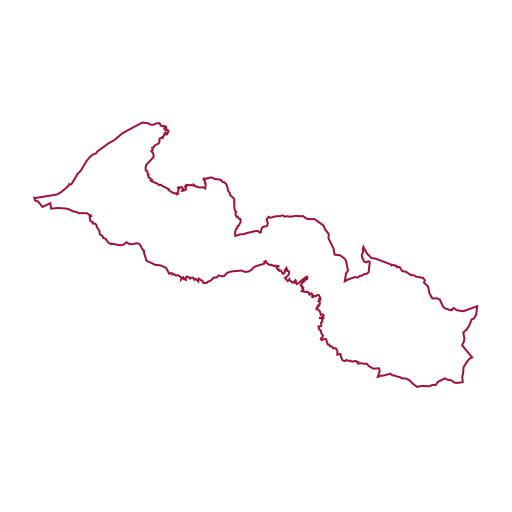 the district of Cisnadie, Sibiu, Romania, rotated 267°
{"feature_id": "2599482B29691354354031", "entity_name": "Cisnadie", "entity_type": "district", "adm_level": 2, "iso_a3": "ROU", "parent_name": "Romania", "parent_adm1": "Sibiu", "projection": "orthographic", "projection_center": [24.09, 45.647], "detail": "fine", "context": "isolated", "style": "outline", "palette": "rose", "viewbox_px": 512, "rotation_deg": 267, "n_neighbors": 0, "source": "geoboundaries", "source_scale": "gbopen_adm2", "svg_char_len": 6130}
<svg xmlns="http://www.w3.org/2000/svg" viewBox="0 0 512 512"><g transform="rotate(267 256 256)"><path d="M153.8,335.1L148.6,336.3L147.2,337.2L146.3,339.3L147.5,340.9L146.5,342.6L146.5,344.8L145.6,345.8L145.9,350.4L144.7,351.0L144.8,352.6L143.2,352.4L143.4,355.7L142.7,358.0L142.7,361.0L140.3,362.7L137.4,367.1L137.4,372.9L134.6,373.5L128.9,371.3L130.0,375.0L129.8,376.6L131.4,384.0L129.7,385.8L129.5,387.8L128.2,390.5L127.7,393.0L126.1,395.4L125.9,398.9L124.1,402.5L119.4,406.8L116.8,410.2L117.6,414.3L116.8,422.8L118.0,425.1L117.8,428.9L120.7,430.9L123.9,438.2L122.5,440.7L121.7,444.3L119.1,447.7L118.7,450.2L119.2,455.8L125.2,455.7L127.5,456.6L134.0,457.4L140.5,462.0L142.6,464.4L143.4,466.5L156.0,457.2L159.8,459.2L162.9,459.8L168.7,459.0L172.0,462.9L175.7,465.5L181.4,468.0L182.0,470.2L186.0,472.8L194.3,474.3L190.0,460.2L191.3,453.7L193.7,450.8L192.5,448.9L191.7,448.8L191.6,447.6L194.0,441.7L195.8,440.0L202.7,437.4L204.3,434.4L204.4,429.9L209.5,427.3L216.7,426.2L220.6,422.3L222.9,423.4L225.3,421.8L227.1,414.6L228.5,412.8L228.7,409.8L232.4,405.0L233.2,401.3L237.2,399.0L237.6,398.3L237.2,396.5L238.8,395.9L238.6,394.6L239.5,394.1L239.9,391.9L239.3,391.0L240.5,390.2L247.2,375.1L247.8,371.3L252.5,367.1L259.5,363.7L257.5,363.0L254.2,363.3L251.7,361.7L248.9,361.9L244.6,363.8L243.9,366.0L244.9,367.9L244.0,369.3L233.9,367.6L232.3,365.3L232.4,363.5L230.9,360.8L230.5,358.3L229.1,356.3L229.8,353.6L227.6,346.3L226.0,343.3L233.9,345.0L236.6,347.1L246.6,345.6L249.0,344.0L252.3,340.1L253.2,334.6L259.4,333.8L269.8,329.3L274.1,329.8L279.9,325.9L282.8,325.1L289.8,316.4L290.2,309.9L290.8,308.2L293.6,304.7L293.3,303.5L294.0,297.8L293.4,292.3L294.1,289.4L293.8,286.5L294.9,285.6L295.1,283.8L294.6,282.5L294.6,277.6L293.6,273.1L293.7,271.7L294.5,270.7L291.9,268.5L288.1,269.5L286.0,268.9L285.2,268.1L285.1,265.5L283.8,263.3L279.2,262.0L279.3,260.8L280.8,259.2L281.0,257.2L279.3,247.5L278.4,245.1L278.5,241.6L277.1,236.4L280.9,236.3L284.2,237.6L285.1,239.0L286.7,239.0L287.4,240.5L291.0,242.5L293.8,242.2L294.4,240.6L296.2,239.8L296.1,238.7L297.9,237.9L299.4,237.6L301.0,238.5L302.5,237.3L305.1,236.9L314.2,237.2L318.4,233.3L320.3,233.1L322.9,231.3L325.8,231.2L329.4,230.0L331.3,228.2L331.5,226.6L333.3,225.5L334.5,223.1L334.9,219.0L336.4,216.7L336.8,214.1L336.0,212.4L336.4,211.6L335.6,210.3L336.2,208.1L335.0,207.5L333.4,209.0L331.1,209.0L330.7,209.6L326.1,208.8L327.4,206.5L327.3,202.7L328.2,201.3L328.3,199.9L330.2,197.7L329.4,197.8L330.3,195.1L330.0,194.3L330.7,190.6L329.5,190.0L328.2,190.5L329.5,189.5L328.7,189.2L330.1,188.6L326.3,189.6L325.0,187.1L325.0,185.5L327.2,186.7L328.9,185.3L327.9,183.2L328.8,182.4L328.2,181.6L326.8,182.3L322.8,180.7L321.8,182.4L322.7,179.8L322.2,179.6L322.8,179.2L322.8,178.0L323.8,175.7L326.5,172.1L327.3,172.4L330.7,166.3L332.1,164.9L331.8,163.0L333.3,161.4L336.3,155.2L336.9,154.8L337.6,156.0L340.5,152.6L342.8,152.9L342.8,152.2L346.2,151.9L347.1,150.4L349.6,150.3L352.8,151.2L360.4,159.1L363.9,158.7L366.3,156.9L367.1,158.4L369.3,157.9L370.0,159.5L371.4,160.2L373.4,164.5L374.4,165.4L378.3,165.8L379.2,168.2L378.8,169.0L380.0,169.0L380.6,170.1L383.4,171.1L384.0,174.0L383.2,173.6L383.1,172.3L382.3,172.6L382.9,173.1L382.4,173.6L385.0,175.2L386.3,174.6L386.6,173.2L386.2,172.1L388.0,171.1L389.6,172.4L389.0,173.0L390.0,172.8L390.3,171.8L389.8,171.4L390.8,170.3L390.5,169.6L391.4,167.5L392.8,167.2L393.5,166.1L393.6,167.5L393.8,164.1L392.3,159.5L392.8,157.3L394.3,155.1L395.2,149.3L385.7,129.2L379.1,120.5L376.2,114.5L368.7,103.0L366.9,101.7L365.8,98.2L363.1,94.8L359.3,91.4L350.4,85.5L346.9,81.8L337.8,75.8L337.0,74.5L337.6,73.2L335.2,71.7L329.8,64.4L327.8,60.4L325.5,38.9L325.8,37.7L322.9,38.3L321.9,41.1L316.2,45.3L319.5,53.3L314.0,54.0L314.3,60.7L313.5,67.7L312.8,70.9L310.1,75.8L309.3,79.2L308.1,81.2L307.5,89.8L305.3,92.1L305.5,92.9L304.5,93.5L303.6,91.9L299.9,92.3L298.3,94.8L297.6,94.4L296.8,95.0L296.7,97.0L295.6,98.1L293.0,98.7L289.4,100.9L285.7,101.2L283.9,103.9L282.0,104.3L281.1,106.6L276.4,109.7L276.1,111.4L275.6,111.6L275.5,113.9L273.8,121.3L274.2,124.0L276.5,127.5L274.5,130.2L274.3,134.0L275.0,137.2L274.4,139.5L273.4,140.8L269.1,142.7L267.0,144.6L266.1,144.1L257.0,146.4L252.4,155.0L251.8,159.7L249.0,165.5L242.8,168.4L243.5,170.4L242.5,172.0L242.0,171.8L242.2,172.9L240.6,175.0L241.0,176.9L238.3,180.6L236.6,180.1L238.5,182.1L236.6,182.9L235.9,184.7L237.8,184.5L239.1,185.9L238.2,188.0L236.8,188.9L237.8,190.6L237.5,192.2L235.5,193.1L236.3,194.6L233.6,197.0L236.4,197.6L233.5,201.5L231.9,202.0L231.7,205.3L232.9,206.6L233.6,209.3L236.7,212.7L236.6,215.7L238.6,217.5L237.5,220.7L237.6,223.1L240.7,226.3L241.9,230.7L242.2,240.8L240.7,244.1L240.8,247.2L242.2,250.8L244.2,252.4L245.7,254.9L247.9,263.8L248.9,264.6L249.7,264.0L250.5,265.3L247.6,267.1L246.1,269.7L246.5,271.1L244.8,273.6L245.5,274.8L244.7,276.8L245.0,278.7L243.2,276.0L242.6,276.2L240.9,277.5L241.1,278.4L239.9,278.8L240.2,280.0L236.7,282.1L237.7,283.7L240.6,284.2L242.5,285.8L240.1,286.4L239.7,285.9L239.0,288.1L236.3,287.9L234.4,286.6L232.5,283.7L229.3,286.4L231.0,288.1L229.8,288.1L228.5,290.4L227.7,290.5L227.6,291.9L229.8,294.2L228.9,294.6L227.2,293.6L226.6,295.1L225.9,295.2L227.1,297.9L229.1,299.9L232.8,305.6L232.0,306.3L230.5,305.6L230.1,306.7L230.4,305.7L229.8,304.2L227.7,302.1L228.3,301.7L224.2,299.1L223.3,300.4L222.4,300.4L222.1,299.5L222.3,301.1L221.9,301.5L221.0,300.6L219.9,301.6L218.5,299.9L217.3,303.6L217.7,305.6L215.8,306.7L216.1,307.2L214.6,307.6L215.8,309.5L214.8,310.3L212.1,310.0L211.9,311.0L213.1,311.8L212.7,313.6L213.6,314.5L213.8,316.6L210.7,318.0L209.8,316.9L209.0,317.9L208.2,316.1L208.2,317.0L207.5,316.2L207.1,317.1L205.8,317.3L203.4,316.7L203.4,315.3L202.3,314.7L201.9,315.2L200.6,313.6L199.7,313.6L199.2,315.3L197.2,317.0L193.9,317.6L194.2,319.7L192.8,320.5L191.2,319.8L191.6,318.8L191.0,318.2L190.8,315.7L189.9,319.5L189.3,318.7L187.1,318.8L186.0,317.5L183.0,317.6L182.4,316.5L182.5,314.8L179.9,315.0L177.7,317.0L175.1,317.3L173.1,318.7L171.7,318.3L170.4,316.6L169.5,316.3L168.5,317.5L169.4,319.0L169.3,321.7L164.1,322.8L163.6,324.6L162.0,325.0L161.6,327.2L159.7,328.3L159.7,330.8L157.0,332.3L153.2,332.1L153.8,335.1Z" fill="none" stroke="#9f1239" stroke-width="2"/></g></svg>